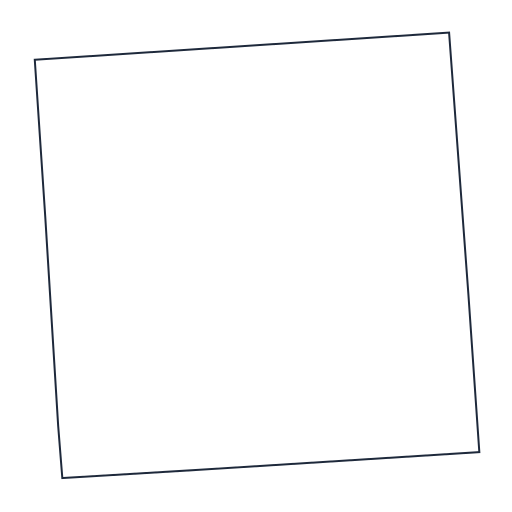 Wilson, Kansas, United States of America (orthographic projection), rotated 356°
{"feature_id": "52423323B84575223553196", "entity_name": "Wilson", "entity_type": "district", "adm_level": 2, "iso_a3": "USA", "parent_name": "United States of America", "parent_adm1": "Kansas", "projection": "orthographic", "projection_center": [-95.752, 37.559], "detail": "fine", "context": "isolated", "style": "outline", "palette": "slate", "viewbox_px": 512, "rotation_deg": 356, "n_neighbors": 0, "source": "geoboundaries", "source_scale": "gbopen_adm2", "svg_char_len": 267}
<svg xmlns="http://www.w3.org/2000/svg" viewBox="0 0 512 512"><g transform="rotate(356 256 256)"><path d="M464.2,46.6L49.0,44.8L48.5,202.2L46.8,411.4L47.3,464.0L183.5,465.3L465.1,467.2L465.2,309.6L464.2,46.6Z" fill="none" stroke="#1e293b" stroke-width="2"/></g></svg>